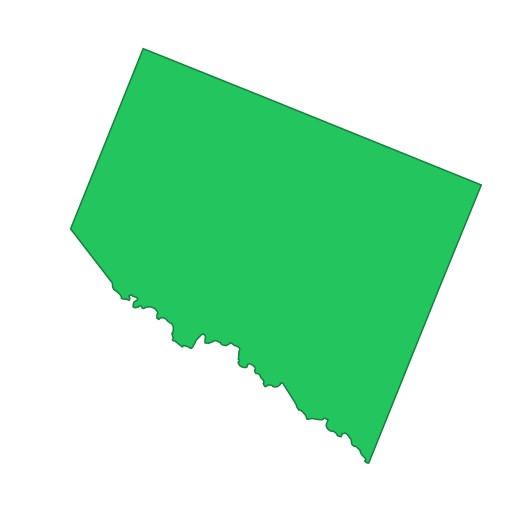 outline of Iron, Michigan, United States of America, rotated 22°
{"feature_id": "52423323B77509587550290", "entity_name": "Iron", "entity_type": "district", "adm_level": 2, "iso_a3": "USA", "parent_name": "United States of America", "parent_adm1": "Michigan", "projection": "mercator", "projection_center": [-88.526, 46.17], "detail": "fine", "context": "isolated", "style": "filled", "palette": "green", "viewbox_px": 512, "rotation_deg": 22, "n_neighbors": 0, "source": "geoboundaries", "source_scale": "gbopen_adm2", "svg_char_len": 2767}
<svg xmlns="http://www.w3.org/2000/svg" viewBox="0 0 512 512"><g transform="rotate(22 256 256)"><path d="M73.7,106.0L73.8,158.8L73.9,300.3L91.5,310.6L93.7,312.0L98.1,314.5L132.5,334.6L133.2,335.4L133.6,336.5L135.1,338.9L136.5,340.1L137.6,340.6L138.7,340.6L140.3,341.0L144.9,343.0L146.6,344.4L147.0,345.0L146.9,345.4L148.5,345.8L152.7,344.5L154.9,344.6L155.2,343.8L155.0,342.6L153.2,340.7L155.0,338.5L156.9,339.5L159.9,339.1L162.1,339.6L162.3,340.0L162.3,341.4L160.3,344.1L160.1,345.0L160.2,346.2L160.9,348.8L161.8,349.5L163.4,349.2L166.1,347.4L166.5,346.4L166.6,346.0L166.9,345.8L167.1,345.6L167.5,345.5L167.9,345.5L168.5,345.6L170.1,346.9L170.7,347.0L171.7,346.7L172.6,345.3L173.4,344.6L175.8,343.3L178.4,342.4L182.3,342.8L184.8,344.1L186.3,345.5L186.2,347.6L187.4,350.8L189.7,351.2L190.8,349.0L193.2,347.9L195.6,348.0L198.6,349.5L202.1,350.3L203.8,350.6L205.7,352.4L207.0,355.7L207.6,358.8L207.2,358.8L207.1,359.3L208.7,361.7L210.1,362.8L210.3,363.3L210.0,364.0L209.8,364.9L210.2,365.3L210.6,365.5L211.2,365.5L212.7,365.2L221.2,367.8L222.0,367.7L222.3,366.2L222.6,366.0L226.8,365.6L230.0,366.1L230.9,365.5L231.3,364.4L232.0,359.5L232.0,356.8L233.7,352.2L235.1,349.0L236.2,348.2L237.6,348.2L239.3,349.7L239.6,350.1L239.8,351.8L241.1,355.4L241.4,355.7L244.8,354.6L248.0,351.7L248.6,350.5L251.2,349.3L255.5,349.8L257.3,351.0L261.3,350.5L262.2,349.9L263.9,347.9L264.5,346.8L264.4,346.2L265.0,346.0L267.3,346.3L268.8,347.0L272.4,346.8L274.5,347.3L275.5,347.8L275.9,348.5L276.0,350.7L278.4,358.5L279.0,358.5L279.8,359.3L279.8,359.8L279.3,360.9L279.5,361.7L281.6,363.5L284.0,364.2L287.2,363.7L288.5,363.1L289.3,362.0L288.8,360.8L289.0,359.5L290.6,358.2L292.8,358.3L295.7,359.1L297.5,360.2L297.7,361.1L297.5,362.7L299.2,364.6L299.8,364.9L302.2,364.3L303.6,364.5L305.2,365.9L305.9,367.0L309.3,368.3L310.4,369.6L310.8,370.7L310.5,371.6L311.7,372.7L313.1,373.6L314.0,373.5L315.5,371.3L316.0,370.9L319.0,370.0L320.5,370.6L322.1,370.5L324.8,369.1L326.7,365.9L326.3,364.6L328.4,363.8L347.4,377.5L349.3,379.2L350.0,380.3L353.3,382.8L354.8,382.2L357.8,383.1L361.4,385.0L363.1,386.5L363.8,388.0L365.0,388.1L368.8,385.7L375.0,384.3L378.8,383.0L380.0,381.1L380.6,380.6L382.6,380.9L382.6,380.6L383.0,380.5L384.2,381.0L384.3,383.5L384.1,384.8L384.4,386.3L385.0,387.5L385.8,388.5L387.0,389.3L389.7,390.3L391.8,390.1L393.6,389.5L394.3,389.6L397.2,390.6L398.8,392.0L399.5,392.2L402.7,391.6L402.6,388.8L404.5,386.9L405.0,386.8L406.8,387.1L407.7,387.4L412.7,390.5L413.7,391.8L414.9,394.1L416.0,395.1L418.5,395.7L418.9,395.3L420.7,395.3L425.8,397.5L425.8,398.2L426.0,398.5L428.1,400.4L433.7,403.0L434.3,403.9L433.7,404.8L433.7,405.3L434.2,405.8L436.1,406.3L437.5,406.0L438.1,405.7L437.9,210.5L438.3,105.8L203.7,105.7L73.7,106.0Z" fill="#22c55e" stroke="#15803d" stroke-width="1.5"/></g></svg>